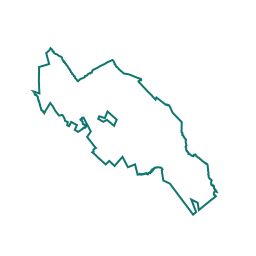 outline of Bindura, Mashonaland Central, Zimbabwe, rotated 132°
{"feature_id": "62879985B50430993830170", "entity_name": "Bindura", "entity_type": "district", "adm_level": 2, "iso_a3": "ZWE", "parent_name": "Zimbabwe", "parent_adm1": "Mashonaland Central", "projection": "natural_earth1", "projection_center": [31.316, -17.234], "detail": "fine", "context": "isolated", "style": "outline", "palette": "teal", "viewbox_px": 256, "rotation_deg": 132, "n_neighbors": 0, "source": "geoboundaries", "source_scale": "gbopen_adm2", "svg_char_len": 5730}
<svg xmlns="http://www.w3.org/2000/svg" viewBox="0 0 256 256"><g transform="rotate(132 128 128)"><path d="M148.8,21.6L144.9,21.1L138.8,33.1L136.9,26.2L141.6,20.5L124.3,17.8L124.3,17.7L119.9,17.0L119.8,17.5L120.0,17.9L120.1,19.1L119.9,19.1L119.7,19.2L119.7,19.9L118.9,20.7L117.6,21.1L117.2,21.3L116.5,20.8L116.5,20.4L116.1,19.4L115.7,20.4L115.7,20.9L115.5,22.0L115.5,22.4L115.3,22.4L115.3,23.3L115.2,24.0L114.0,24.7L113.5,25.6L113.5,26.0L113.8,26.7L114.1,26.5L114.2,26.8L114.4,26.8L114.4,28.1L114.2,28.1L113.5,29.1L113.4,29.5L113.0,29.6L111.7,30.5L111.1,30.6L110.7,31.5L110.7,31.8L111.1,33.3L111.1,33.6L110.7,34.1L110.5,35.2L110.0,35.7L109.2,36.3L109.0,37.0L108.7,37.5L108.2,37.7L107.1,38.5L106.1,40.0L104.7,41.2L104.4,41.8L102.8,43.4L102.2,44.2L101.9,44.9L101.9,45.3L102.0,45.4L101.9,45.8L102.4,46.2L102.6,46.6L102.2,47.2L102.5,47.8L102.5,49.1L102.7,49.7L102.7,50.1L102.9,50.5L102.7,51.1L102.7,52.9L102.8,53.0L102.8,54.3L102.7,55.4L102.9,55.6L103.1,56.1L103.1,56.6L103.0,57.6L103.1,57.8L103.1,58.6L103.0,59.2L102.6,59.7L102.6,60.2L103.1,60.5L103.7,61.1L105.1,60.5L105.2,60.9L105.5,61.1L105.7,62.0L106.1,62.4L106.0,63.3L106.1,64.3L106.3,64.9L106.7,65.6L106.3,65.7L106.1,65.8L106.1,66.7L105.7,67.6L105.8,68.0L106.0,68.6L106.0,68.8L105.4,69.3L105.4,69.9L105.2,70.4L104.7,70.6L104.2,71.1L103.8,71.7L103.7,72.4L103.5,72.6L103.1,72.8L102.0,72.8L99.7,75.9L99.1,76.4L98.1,76.8L98.0,77.2L98.0,77.7L97.6,78.0L97.6,79.2L97.4,79.8L97.4,80.5L96.9,81.0L96.8,81.3L96.9,82.9L96.2,83.1L96.1,83.7L95.3,84.2L95.1,84.6L95.3,85.4L87.7,92.0L86.8,105.0L83.9,111.7L83.9,112.4L83.7,113.3L84.0,113.7L84.5,113.8L84.5,114.4L84.8,114.6L84.7,115.0L85.4,115.3L86.3,127.3L88.5,126.5L88.1,131.3L87.9,131.9L87.7,137.2L86.5,151.3L86.4,151.4L86.2,151.5L85.7,151.3L85.1,151.3L84.6,151.1L84.1,150.9L83.9,150.2L83.6,150.2L83.4,150.5L83.4,150.8L82.9,151.3L83.1,151.9L83.6,152.8L84.7,155.4L87.6,163.4L90.2,167.4L90.4,173.1L90.5,174.2L90.1,174.8L90.1,175.6L90.0,176.5L90.0,176.8L90.3,177.4L90.1,178.4L89.5,179.3L89.6,180.4L89.4,180.8L88.9,181.0L88.9,181.4L88.6,181.9L88.4,182.8L88.0,183.3L87.9,183.8L87.9,185.1L91.2,186.4L91.9,187.0L96.2,188.2L96.9,188.6L99.5,189.6L101.8,190.5L103.2,190.8L108.6,193.0L111.0,192.1L111.2,192.4L112.1,192.8L112.6,192.5L113.0,193.1L113.5,193.4L114.4,193.7L115.0,193.8L116.4,193.6L117.8,194.5L118.1,194.7L118.7,194.4L119.0,194.2L119.5,194.2L121.8,195.3L123.4,196.2L124.2,196.2L124.7,196.3L125.9,196.4L126.2,196.6L126.6,196.4L126.8,196.6L126.6,197.9L126.4,198.3L126.2,200.9L125.9,201.3L125.6,201.5L125.4,202.1L125.4,202.4L125.6,202.6L125.7,202.8L125.2,203.4L125.2,204.2L125.0,204.7L125.2,205.6L124.9,205.8L124.7,206.2L124.7,206.6L124.6,207.0L124.6,207.9L124.1,208.6L124.0,209.0L124.0,209.7L123.3,210.6L123.4,211.3L123.3,211.7L123.3,212.0L122.9,213.0L122.9,213.5L122.7,213.9L122.5,214.7L122.3,214.9L122.4,215.5L122.1,216.6L122.1,217.0L121.9,217.4L122.0,218.0L121.8,218.1L121.6,218.9L121.9,219.7L121.3,219.9L121.2,220.4L121.5,220.7L121.5,221.0L121.2,221.7L121.2,222.1L120.9,222.5L120.3,223.7L120.0,224.0L119.8,224.5L119.8,225.1L120.5,227.3L120.7,228.6L120.7,229.7L121.0,230.6L121.7,231.9L121.7,233.0L121.5,233.7L121.4,233.8L121.0,234.4L121.2,234.7L121.4,234.8L121.5,235.2L120.6,236.7L120.5,239.0L120.8,239.0L122.9,238.4L127.1,238.9L133.2,229.4L142.2,234.9L142.3,234.7L152.7,225.7L161.6,217.0L164.1,222.5L164.2,221.4L164.3,221.1L165.0,220.4L165.3,219.7L165.5,219.5L165.5,219.1L165.2,218.9L165.0,218.6L165.0,218.1L164.8,217.9L165.2,216.7L165.1,216.0L165.5,215.7L166.3,214.7L166.7,213.9L167.1,213.6L167.4,213.2L167.3,212.6L167.8,212.2L168.0,211.6L168.3,211.3L168.3,211.0L168.8,210.2L169.5,209.5L169.5,209.1L170.1,208.6L170.3,208.0L170.7,207.6L171.3,206.2L172.1,205.4L172.5,204.7L172.7,204.0L172.7,203.7L172.4,203.4L172.3,202.5L172.9,201.5L173.1,200.6L173.1,200.1L171.2,200.7L166.6,201.5L161.5,202.5L162.1,198.6L163.9,193.5L164.9,187.6L162.2,185.5L163.3,181.8L164.8,179.6L163.9,176.6L166.6,175.1L166.1,173.0L161.5,174.3L160.0,167.9L165.0,166.3L164.2,161.8L164.1,162.3L162.6,162.2L161.7,161.7L160.2,161.6L158.8,161.1L158.1,161.1L157.8,161.3L157.5,161.0L157.1,160.9L156.8,160.6L156.9,160.3L156.4,159.9L155.3,160.1L155.3,160.7L155.0,160.8L154.4,160.8L154.4,161.0L153.9,161.1L153.9,161.5L154.5,161.9L154.6,161.5L154.9,161.8L154.9,162.3L154.7,162.8L154.7,163.4L155.1,163.8L155.2,164.2L155.0,164.6L153.7,165.8L153.6,167.5L153.8,168.1L153.8,168.5L153.7,168.6L153.5,168.4L153.2,168.4L153.3,169.0L153.2,169.0L152.4,168.3L151.8,168.2L151.5,168.5L151.5,168.9L151.0,168.9L151.0,168.1L150.1,167.9L155.5,153.3L162.0,152.4L164.0,141.4L164.3,138.5L165.3,139.0L167.3,139.0L167.6,138.8L168.1,138.5L168.9,137.5L169.7,137.1L169.6,138.2L170.0,138.3L169.8,134.4L169.8,133.3L170.0,131.6L170.0,120.2L165.0,119.9L165.2,112.6L153.1,112.8L157.2,101.8L150.3,98.4L156.0,90.0L155.9,90.0L155.5,89.3L155.4,88.8L155.0,88.5L154.7,88.6L154.6,88.8L154.4,88.8L154.3,87.9L153.8,87.9L153.6,86.7L153.4,86.6L152.9,86.7L152.7,86.4L152.6,86.1L152.5,85.9L152.0,86.0L151.5,85.2L150.5,84.7L150.3,84.9L150.1,84.9L149.9,84.4L149.6,84.3L149.9,83.9L149.8,83.7L149.5,83.6L149.5,82.6L149.4,82.4L149.0,82.2L148.7,82.4L148.4,82.8L147.9,82.8L147.7,82.6L147.3,82.6L147.0,82.3L146.8,82.0L146.7,81.4L146.6,81.2L146.2,81.3L145.9,81.9L145.7,81.8L145.4,81.3L144.8,81.0L144.5,81.1L144.3,81.3L144.1,81.7L144.1,82.2L143.9,82.3L143.5,81.8L142.9,81.8L142.5,82.1L142.3,81.8L142.3,81.4L142.0,81.6L141.9,82.0L141.6,81.8L141.2,81.3L140.9,81.2L140.7,81.5L140.3,81.7L140.1,81.7L139.7,81.3L139.1,81.3L138.7,80.7L138.3,80.2L137.6,80.0L137.3,79.4L136.8,79.1L136.1,77.9L135.6,77.4L135.6,76.9L135.3,76.5L135.7,74.6L137.0,74.5L143.4,66.6L141.3,59.7L148.8,21.6ZM129.4,154.3L129.4,142.0L135.7,139.8L136.0,149.0L139.9,150.5L141.1,156.3L138.5,157.2L136.2,151.8L129.4,154.3Z" fill="none" stroke="#0f766e" stroke-width="2"/></g></svg>